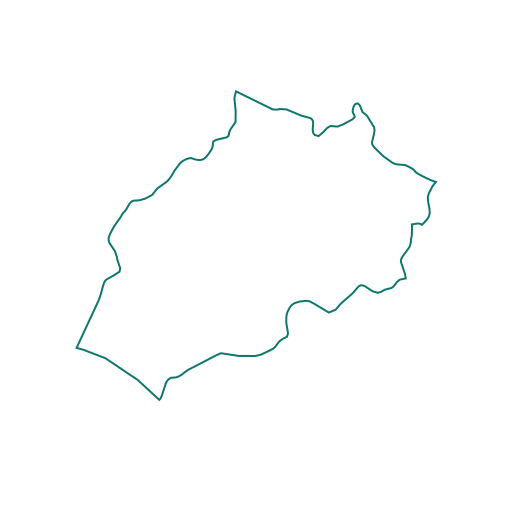 Övörhangay, Albers equal-area conic projection, rotated 38°
{"feature_id": "MNG-3327", "entity_name": "Övörhangay", "entity_type": "Province", "adm_level": 1, "iso_a3": "MNG", "parent_name": "Mongolia", "parent_adm1": "", "projection": "albers", "projection_center": [102.848, 45.744], "detail": "fine", "context": "isolated", "style": "outline", "palette": "teal", "viewbox_px": 512, "rotation_deg": 38, "n_neighbors": 0, "source": "natural_earth", "source_scale": "10m", "svg_char_len": 2754}
<svg xmlns="http://www.w3.org/2000/svg" viewBox="0 0 512 512"><g transform="rotate(38 256 256)"><path d="M352.2,86.9L352.1,90.5L352.3,93.4L353.5,99.8L354.8,103.1L355.6,104.4L358.5,107.5L363.1,111.5L366.0,114.6L366.8,115.9L367.5,117.5L368.0,119.2L368.2,121.7L368.1,124.4L367.6,129.2L365.6,129.5L364.2,130.2L362.5,131.8L359.4,135.1L362.4,138.7L364.8,142.2L366.2,143.9L367.8,147.3L369.8,150.3L370.7,152.3L371.3,154.3L371.5,156.2L371.8,166.6L372.2,168.4L372.8,170.1L373.6,171.1L374.7,172.0L384.6,178.5L387.8,181.5L384.0,185.9L383.5,187.6L383.1,190.0L383.1,195.2L382.5,197.7L378.1,203.5L377.2,206.0L376.2,208.0L374.6,210.0L369.8,212.0L360.1,212.8L358.0,213.6L356.8,214.3L356.0,215.7L355.6,216.7L355.2,224.4L355.1,225.9L352.1,241.8L351.8,249.4L348.2,255.7L331.3,257.8L326.3,258.7L324.4,259.6L322.6,260.9L318.3,265.2L315.5,269.3L314.7,271.3L314.3,273.3L314.3,275.4L314.7,277.9L315.2,280.5L316.1,282.9L317.6,285.6L320.8,289.8L329.0,297.4L330.1,300.6L328.2,304.6L327.5,306.8L326.9,309.2L327.1,316.2L326.7,318.0L326.0,319.9L320.8,330.4L319.1,332.7L316.9,335.3L303.9,345.4L288.2,354.2L286.0,358.3L272.7,387.3L271.6,390.8L270.3,396.1L268.9,399.1L267.7,400.9L263.9,404.4L262.9,407.4L263.0,410.9L267.8,424.2L268.5,427.0L268.3,428.9L239.3,426.5L200.1,429.3L177.3,436.3L171.2,438.9L159.3,387.7L157.1,381.3L153.7,373.4L152.8,370.6L152.4,368.7L152.5,367.1L152.9,365.9L156.0,358.5L158.1,352.4L156.6,349.3L149.7,344.8L146.7,342.2L141.9,339.1L132.5,335.9L130.5,334.6L129.0,332.8L128.1,330.7L127.4,328.3L126.5,323.4L125.9,319.2L125.3,307.7L124.9,305.9L124.8,304.4L125.1,301.0L125.0,298.6L124.2,293.0L124.2,290.9L124.6,289.2L125.4,287.8L129.9,283.8L133.5,278.8L136.5,272.0L136.6,269.4L136.6,263.7L140.0,252.1L140.3,247.8L140.0,244.2L139.2,238.5L139.1,229.3L139.7,226.6L140.7,224.1L141.9,221.9L143.3,220.0L144.8,218.7L148.9,217.2L151.2,216.0L153.2,214.5L154.6,212.6L155.2,211.3L155.6,209.3L155.8,204.9L155.3,199.3L154.6,196.8L153.6,194.9L152.6,193.8L151.8,191.9L153.2,188.9L159.9,180.5L160.3,178.6L159.9,177.0L158.9,175.5L158.3,173.6L157.9,171.8L157.4,163.0L150.6,154.1L142.4,145.6L141.4,144.2L138.9,138.6L178.9,130.2L182.3,127.9L184.3,125.5L189.6,121.8L205.0,117.6L213.8,113.9L215.8,113.8L217.6,114.5L219.5,116.4L222.5,121.0L223.9,122.6L225.7,124.0L227.7,124.5L231.5,122.9L232.8,116.8L233.2,111.5L234.0,109.2L234.8,107.6L240.5,103.9L243.5,98.9L247.9,88.9L248.2,85.7L247.0,84.7L245.4,84.0L243.8,83.2L242.6,81.8L241.7,80.0L240.9,77.9L240.6,75.8L241.3,74.0L242.4,73.1L244.4,73.3L245.4,73.6L251.3,77.0L255.4,77.0L257.3,77.2L269.9,81.9L272.0,84.0L273.5,86.5L277.5,95.2L279.1,96.6L282.0,97.6L295.0,99.0L306.4,98.5L309.9,97.5L317.6,92.5L323.0,91.3L325.6,91.0L327.3,91.0L329.8,91.5L331.5,91.6L337.8,90.7L346.8,88.7L352.2,86.9Z" fill="none" stroke="#0f766e" stroke-width="2"/></g></svg>